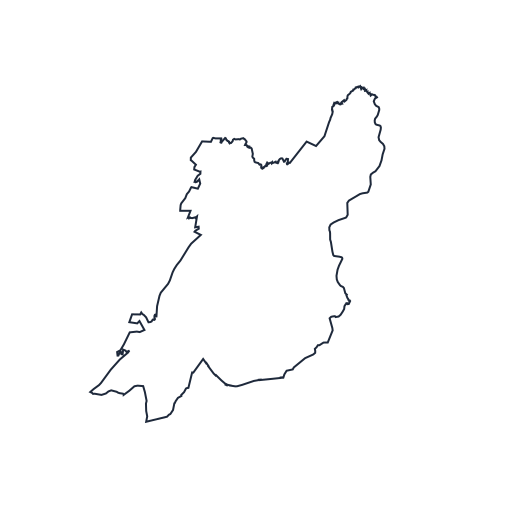 outline of Drabešu pag., Amatas, Latvia, rotated 119°
{"feature_id": "27541924B30563541245328", "entity_name": "Drabešu pag.", "entity_type": "district", "adm_level": 2, "iso_a3": "LVA", "parent_name": "Latvia", "parent_adm1": "Amatas", "projection": "robinson", "projection_center": [25.204, 57.242], "detail": "fine", "context": "isolated", "style": "outline", "palette": "slate", "viewbox_px": 512, "rotation_deg": 119, "n_neighbors": 0, "source": "geoboundaries", "source_scale": "gbopen_adm2", "svg_char_len": 6052}
<svg xmlns="http://www.w3.org/2000/svg" viewBox="0 0 512 512"><g transform="rotate(119 256 256)"><path d="M349.2,173.1L345.8,173.8L341.5,173.6L337.4,168.9L335.1,168.9L321.5,163.5L314.4,158.2L312.0,157.3L310.4,158.1L308.7,159.5L306.5,158.8L304.0,158.6L303.3,157.3L299.0,155.0L296.9,151.3L283.9,152.9L282.0,154.3L274.8,161.4L272.8,160.8L272.1,160.1L270.6,158.2L270.4,157.6L270.8,156.8L268.9,154.4L266.4,153.5L262.5,153.2L259.6,153.2L257.0,154.3L254.7,154.2L254.0,153.6L253.5,154.0L253.1,153.6L253.0,153.0L253.6,152.4L253.0,151.6L250.2,151.8L250.3,152.3L249.7,152.4L249.9,152.8L249.5,153.3L249.5,154.1L248.9,154.5L248.3,155.8L246.5,157.9L245.8,157.8L245.3,159.8L241.4,163.6L240.9,165.0L241.1,167.3L240.8,168.4L239.1,171.9L237.3,174.0L234.3,176.0L228.5,178.0L224.2,178.7L216.6,179.1L215.8,179.8L215.6,180.5L216.2,182.8L218.1,187.7L217.7,188.9L215.1,191.3L207.4,197.3L205.7,199.1L200.2,202.2L198.9,203.1L197.9,204.3L195.4,205.8L192.3,206.0L189.0,204.3L184.6,201.2L178.9,196.0L178.0,195.8L175.5,195.8L165.3,201.9L162.5,201.6L151.4,195.1L149.5,193.2L146.6,189.4L145.4,188.9L137.8,190.3L131.4,194.4L129.0,195.1L126.3,194.0L124.0,192.6L117.5,191.6L111.5,192.6L105.7,194.5L99.9,195.6L97.8,197.0L96.4,199.3L95.8,202.3L95.0,204.4L92.7,206.4L85.1,208.2L83.2,209.0L82.1,210.0L81.9,211.0L82.8,214.5L82.6,215.5L81.5,216.9L79.9,217.9L78.1,218.4L75.4,217.9L73.6,217.9L68.5,219.0L67.2,219.8L66.3,220.9L66.4,223.7L65.6,225.7L63.6,228.0L60.6,228.3L58.6,227.1L58.2,227.9L58.5,228.9L57.7,229.7L57.6,230.3L58.2,231.5L58.3,232.8L60.1,233.5L59.6,234.1L58.7,234.3L58.7,235.8L58.3,235.9L58.6,236.2L59.5,236.3L58.9,237.8L58.3,238.1L58.6,238.3L58.1,239.4L58.3,239.9L57.5,240.1L58.4,240.8L57.7,241.1L56.9,241.9L57.2,242.2L57.8,242.1L57.9,242.5L56.9,242.6L56.4,243.4L57.3,244.2L57.4,244.7L59.0,244.9L58.4,245.6L57.1,245.9L57.2,246.8L57.5,247.1L57.2,247.3L58.5,247.9L58.0,248.4L58.6,249.0L59.2,249.1L59.3,249.6L60.2,250.5L61.0,250.1L61.9,250.8L62.9,251.0L63.3,251.6L64.3,251.3L66.4,252.7L67.4,252.5L68.9,252.8L70.8,253.6L71.8,253.5L73.9,252.5L74.4,252.8L75.7,252.6L78.2,253.6L78.2,254.4L77.2,254.2L77.0,254.5L79.9,255.7L81.0,255.8L80.6,255.1L81.0,254.5L81.6,255.3L82.0,255.4L81.7,255.9L81.9,256.1L82.7,256.4L82.7,257.8L81.8,258.4L82.1,259.1L81.9,259.7L82.2,259.9L83.0,259.1L83.3,259.4L83.2,259.8L83.7,260.3L83.3,260.8L83.5,261.1L85.2,260.9L84.8,261.7L86.6,261.4L87.4,260.9L88.6,261.6L91.2,260.5L91.4,259.8L92.1,259.7L92.5,258.9L95.0,258.1L99.2,257.7L100.9,257.2L103.4,257.0L118.1,254.2L130.7,256.8L131.4,267.2L158.1,271.5L158.2,272.1L160.6,273.0L160.7,273.3L160.1,273.9L158.4,273.8L155.7,275.0L156.2,276.5L158.1,276.8L159.5,276.7L160.0,277.2L157.9,280.2L158.4,281.4L159.7,282.2L161.7,282.5L162.3,282.1L163.3,282.7L163.7,281.8L164.3,281.9L164.7,284.1L164.1,284.6L166.0,285.9L166.1,286.4L167.2,286.9L166.2,287.5L167.0,287.8L167.5,288.7L169.7,289.9L169.0,290.4L168.9,291.0L169.9,290.5L170.2,290.9L169.9,291.5L170.4,291.5L171.5,291.0L171.4,290.4L171.7,290.1L172.4,290.5L172.9,291.2L172.8,291.6L175.6,292.1L175.8,292.5L175.6,292.7L176.6,292.9L176.5,293.8L175.9,294.0L175.7,294.7L175.1,294.7L173.9,295.4L173.6,296.0L173.6,296.4L174.4,297.2L173.6,299.0L174.4,302.0L174.3,302.9L173.4,303.8L171.8,304.8L171.5,306.5L170.8,307.4L168.2,308.3L164.1,311.9L163.8,313.0L164.3,313.8L163.7,314.5L164.5,314.7L164.2,315.3L164.6,315.8L163.9,316.4L164.3,316.9L163.8,317.2L163.6,318.0L164.1,319.0L163.6,318.9L163.5,319.5L161.3,319.4L160.4,319.8L159.2,322.8L159.4,323.1L159.1,324.2L160.7,326.0L161.9,326.6L162.1,327.6L164.0,330.5L164.1,331.8L165.5,332.5L167.0,332.1L169.2,332.6L169.4,333.2L170.3,333.6L169.8,334.7L169.0,335.1L168.9,335.9L169.3,336.6L168.8,337.4L168.9,338.0L167.7,339.5L167.7,340.2L172.8,341.3L173.7,341.2L174.1,341.8L174.6,341.9L170.8,343.0L171.0,343.3L170.1,343.6L172.8,348.5L173.4,350.7L173.9,351.0L178.0,350.8L181.9,358.7L194.1,359.0L201.5,360.7L203.8,359.5L203.9,358.4L205.3,352.8L208.0,353.0L210.3,352.0L209.5,345.9L209.1,345.5L211.1,344.5L214.1,345.9L219.0,346.1L220.6,345.7L220.4,345.5L220.7,345.1L220.5,344.9L220.7,344.5L220.3,344.1L218.8,343.6L218.9,343.3L216.5,342.8L219.7,339.9L225.3,339.5L227.1,345.9L227.6,346.0L232.1,345.8L235.4,346.5L239.7,345.9L246.2,346.9L248.0,346.6L252.5,344.6L253.2,344.2L248.2,335.2L255.4,334.2L255.1,334.0L255.3,333.5L255.0,333.6L255.2,333.3L254.9,333.3L255.1,333.1L254.5,332.6L254.8,332.4L253.7,330.0L251.7,328.0L252.0,327.5L250.0,326.8L260.4,323.1L258.2,320.4L259.9,319.3L263.3,321.3L264.6,321.5L264.3,314.5L276.7,318.7L281.1,319.2L296.6,319.9L302.2,320.9L306.9,321.2L310.7,321.0L319.2,319.5L323.0,319.4L334.2,321.5L337.6,321.1L347.8,318.2L357.1,313.8L357.4,314.3L356.9,314.8L355.5,315.1L356.4,315.9L357.6,315.8L359.4,314.8L360.1,313.8L360.8,313.8L361.3,314.1L361.4,315.1L361.7,315.5L363.9,315.6L365.0,316.4L366.1,317.9L362.9,322.4L361.9,325.7L361.9,327.2L361.0,329.0L363.3,329.0L367.1,336.1L375.3,334.7L372.5,327.2L369.4,326.4L374.8,317.7L378.9,320.8L379.9,323.6L384.0,329.4L397.4,328.7L404.2,328.9L407.3,330.9L410.2,328.8L409.8,328.1L407.2,328.4L405.3,327.8L405.6,327.0L407.0,326.3L407.0,325.7L406.7,325.0L402.3,326.8L402.0,324.3L402.5,323.2L402.2,322.4L400.1,320.8L402.9,321.6L402.9,321.3L412.5,324.9L425.7,327.9L442.2,330.0L445.0,330.7L451.1,333.5L455.3,335.0L455.2,332.9L455.6,331.7L454.7,330.4L452.4,323.8L449.0,320.6L446.0,319.4L443.7,317.5L442.3,312.0L442.4,310.4L442.1,308.8L440.9,305.6L441.1,304.7L441.6,304.4L435.3,301.5L428.9,299.2L426.8,296.7L424.5,291.6L428.9,287.2L435.8,281.4L438.4,280.7L444.8,276.9L449.0,273.4L454.2,271.7L439.7,255.9L437.0,255.2L435.8,254.3L430.9,253.9L424.4,256.0L423.9,255.7L422.1,255.9L417.9,255.5L414.6,253.4L413.8,254.0L409.9,252.9L405.9,253.0L404.9,252.3L404.1,251.2L388.8,255.4L388.4,254.3L371.7,252.3L374.0,247.6L373.6,247.5L375.3,244.2L375.6,244.3L379.3,236.1L380.1,233.3L379.6,233.2L381.6,225.9L382.6,221.0L382.5,220.2L383.3,220.2L383.2,218.7L382.5,218.7L381.6,215.7L381.8,215.7L380.0,210.8L379.1,209.4L375.5,205.7L366.3,197.3L363.3,193.6L363.0,193.7L362.0,192.2L362.4,192.1L355.6,182.3L350.9,175.6L350.4,175.7L349.8,174.8L350.2,174.7L349.2,173.1Z" fill="none" stroke="#1e293b" stroke-width="2"/></g></svg>